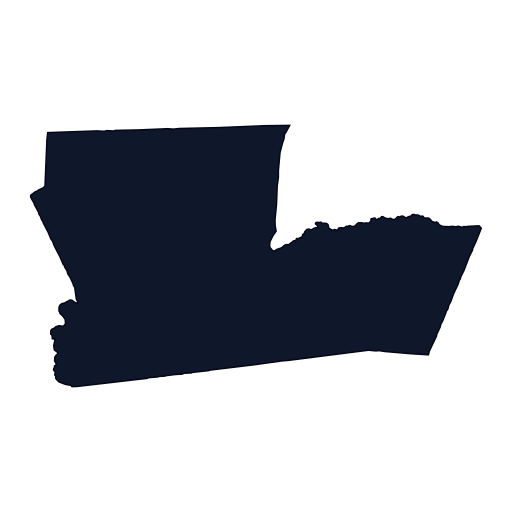 Cahabón, Alta Verapaz, Guatemala (Albers equal-area conic projection)
{"feature_id": "79465075B65664017230403", "entity_name": "Cahabón", "entity_type": "district", "adm_level": 2, "iso_a3": "GTM", "parent_name": "Guatemala", "parent_adm1": "Alta Verapaz", "projection": "albers", "projection_center": [-89.715, 15.61], "detail": "fine", "context": "isolated", "style": "filled", "palette": "ink", "viewbox_px": 512, "rotation_deg": 0, "n_neighbors": 0, "source": "geoboundaries", "source_scale": "gbopen_adm2", "svg_char_len": 4693}
<svg xmlns="http://www.w3.org/2000/svg" viewBox="0 0 512 512"><path d="M479.0,225.8L467.3,226.4L466.5,226.8L463.8,226.5L462.2,227.3L458.3,226.2L455.7,226.8L452.1,226.3L449.1,226.7L442.5,226.4L439.3,224.9L437.8,222.7L436.4,221.9L435.5,222.6L433.3,221.9L432.2,221.6L431.6,221.2L431.2,220.5L430.2,219.3L429.6,218.7L429.0,218.3L428.1,218.0L425.3,218.1L424.8,218.1L423.9,217.6L423.5,216.9L422.9,216.2L422.1,216.1L421.5,216.3L420.8,216.3L420.1,216.1L419.3,215.6L418.1,215.0L417.2,214.9L416.2,215.1L415.1,214.9L414.4,214.5L413.8,214.5L412.8,214.5L412.3,214.7L411.8,215.0L411.5,215.5L410.6,216.2L410.0,216.3L408.7,216.6L408.1,216.9L407.3,217.3L406.7,217.6L406.2,217.7L405.2,217.6L404.4,217.0L403.7,216.5L403.0,216.2L402.4,216.1L401.4,216.1L399.8,216.9L399.3,216.9L398.6,216.6L397.7,216.7L397.2,217.1L396.6,217.7L395.7,218.9L394.7,219.3L394.1,219.3L393.4,219.5L392.5,219.5L391.8,218.9L391.3,218.6L390.5,218.3L389.9,218.3L389.3,218.6L388.4,218.7L387.8,218.7L386.1,218.3L385.5,218.1L384.9,217.9L383.9,217.4L383.5,217.0L382.6,216.6L381.6,216.7L380.9,217.5L380.4,218.2L379.6,218.5L378.5,218.5L377.8,219.0L377.4,219.7L376.7,219.8L376.1,219.5L375.7,218.8L374.9,218.0L374.1,218.1L373.4,218.3L372.3,218.6L371.3,218.7L371.0,219.2L370.9,219.9L370.9,220.4L371.0,221.0L370.7,221.5L370.0,221.9L369.5,222.4L369.0,223.1L368.1,223.2L367.1,223.0L366.4,222.9L365.6,223.0L364.7,223.2L364.1,223.2L363.4,223.1L362.7,223.0L362.0,222.9L361.3,222.7L358.9,222.8L358.1,223.0L357.2,223.6L356.7,224.1L355.8,225.1L355.0,225.9L354.0,226.4L353.2,226.5L352.6,226.5L351.9,226.4L351.1,226.2L350.6,225.9L349.8,225.6L349.1,225.7L348.7,226.0L348.0,226.5L347.2,226.3L346.4,226.3L345.6,226.8L345.0,227.3L344.5,227.7L343.5,228.0L342.7,227.9L341.8,227.7L341.0,227.7L340.2,227.9L339.3,227.9L338.6,228.2L338.4,228.7L338.1,229.3L337.5,229.9L336.7,230.2L335.9,230.0L335.2,229.6L334.7,229.5L334.2,229.6L333.5,230.0L332.8,230.2L332.0,230.0L331.5,229.7L330.9,229.4L330.4,229.1L329.6,228.7L329.1,228.3L328.6,227.5L328.5,226.5L328.3,225.7L328.0,224.7L327.6,224.2L326.6,223.5L325.7,223.3L324.2,223.3L323.0,223.3L322.2,223.2L321.4,222.6L321.0,222.2L320.2,222.3L319.2,222.6L318.5,222.5L317.9,222.3L316.9,222.3L316.3,222.5L315.6,223.0L315.4,223.8L316.0,224.4L316.5,224.8L317.1,225.4L317.7,226.1L317.8,226.8L317.8,227.3L317.1,227.6L316.4,227.6L315.3,227.8L314.5,228.1L313.7,228.4L312.7,229.1L312.2,229.4L311.6,229.7L310.8,229.7L310.1,229.5L309.4,229.2L308.4,229.1L307.7,229.2L307.0,229.4L306.3,229.9L306.0,230.5L305.6,231.0L305.1,231.3L304.8,231.8L304.5,232.5L304.5,233.3L303.8,233.9L303.2,234.1L302.6,234.8L302.5,235.5L302.5,236.3L301.8,237.0L301.0,237.3L300.5,237.5L298.4,238.6L297.3,238.5L296.6,238.6L296.1,239.5L296.0,240.1L295.6,240.7L294.8,240.7L294.2,240.7L293.3,241.0L292.8,241.5L291.9,242.3L290.8,243.0L290.2,243.4L289.1,244.6L286.0,244.6L284.2,245.5L281.6,247.8L276.6,249.5L274.8,251.0L272.7,250.8L270.3,247.9L269.6,246.4L269.9,241.8L273.0,235.6L276.1,231.2L275.1,225.2L275.0,219.7L276.5,204.6L277.2,186.0L278.4,177.3L278.4,170.6L280.0,152.7L282.4,143.3L283.9,139.1L284.6,134.0L285.7,132.7L289.7,125.4L265.2,125.7L218.5,127.6L179.2,128.5L173.8,129.1L167.6,128.7L139.2,129.9L115.5,130.4L113.3,131.0L106.8,130.6L104.2,131.3L97.0,130.9L47.7,132.6L46.9,139.9L45.0,186.2L42.9,188.0L38.5,190.0L36.7,191.4L35.4,191.7L30.7,195.2L30.7,197.0L31.4,198.6L34.2,203.4L34.4,204.6L38.4,211.9L39.0,214.3L40.4,216.3L41.5,219.4L43.1,221.9L43.3,223.0L48.2,232.4L50.9,239.0L52.4,240.9L54.4,246.1L59.9,256.7L63.2,264.4L64.5,265.6L64.5,266.8L66.9,270.6L67.9,274.0L70.3,277.7L73.3,284.2L73.3,285.1L74.7,287.3L76.4,299.4L77.8,301.7L77.9,303.0L75.5,302.8L71.8,300.2L70.0,300.0L64.3,303.1L61.8,303.6L59.8,305.3L59.0,307.5L59.0,311.1L59.7,312.1L59.9,313.2L62.9,316.2L65.2,319.3L65.5,323.8L63.3,326.3L59.0,325.7L55.9,326.7L54.1,328.3L51.9,329.2L50.9,330.4L50.7,334.0L52.1,335.4L52.3,338.7L55.1,339.3L53.7,345.6L54.3,349.8L55.0,350.4L58.0,352.8L57.8,353.7L55.8,355.6L54.8,357.3L54.6,361.0L56.6,364.5L54.6,365.8L54.4,367.5L53.7,368.7L53.6,370.2L55.2,371.7L54.8,375.0L55.8,376.1L55.8,378.5L57.8,380.8L59.0,381.9L65.4,384.4L69.5,385.1L70.9,385.3L71.9,386.6L76.7,386.5L105.3,383.2L147.3,378.3L148.3,377.7L157.9,376.9L158.9,376.4L165.0,376.1L165.7,375.7L175.3,374.5L182.3,374.1L183.8,373.3L191.4,372.9L192.4,372.4L208.8,370.6L209.9,370.1L254.0,364.8L282.0,360.9L288.3,360.4L368.6,350.2L375.9,350.9L378.9,350.6L384.9,351.5L403.5,353.1L413.4,353.9L428.4,354.8L429.3,351.2L436.6,335.8L436.6,334.6L440.1,327.2L440.7,324.5L442.8,320.6L446.6,310.8L447.9,308.9L448.8,305.1L450.8,301.5L453.7,293.5L458.1,284.2L459.3,280.4L460.4,278.7L460.5,277.5L463.9,270.6L469.3,256.5L472.6,249.9L472.6,248.7L475.7,242.3L481.3,228.2L479.0,225.8Z" fill="#0f172a" stroke="#020617" stroke-width="1.5"/></svg>